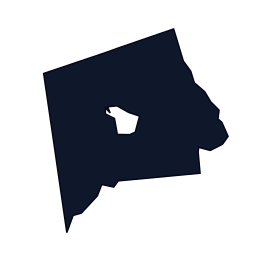 the district of Henry, Virginia, United States of America, rotated 161°
{"feature_id": "52423323B91986151579655", "entity_name": "Henry", "entity_type": "district", "adm_level": 2, "iso_a3": "USA", "parent_name": "United States of America", "parent_adm1": "Virginia", "projection": "natural_earth1", "projection_center": [-79.909, 36.699], "detail": "fine", "context": "isolated", "style": "filled", "palette": "ink", "viewbox_px": 256, "rotation_deg": 161, "n_neighbors": 0, "source": "geoboundaries", "source_scale": "gbopen_adm2", "svg_char_len": 714}
<svg xmlns="http://www.w3.org/2000/svg" viewBox="0 0 256 256"><g transform="rotate(161 128 128)"><path d="M57.5,80.0L43.9,81.9L36.1,87.5L37.4,102.8L40.0,107.3L36.1,115.2L41.3,125.9L43.6,137.2L50.6,149.2L50.2,161.3L53.9,173.2L52.6,206.8L63.2,206.8L77.5,206.8L87.5,206.8L106.7,206.8L113.0,206.8L118.3,206.7L120.0,206.6L190.0,207.0L199.8,155.0L200.2,152.8L203.6,134.9L219.9,49.0L208.4,63.2L199.8,62.7L179.1,73.8L171.2,83.1L160.7,76.8L154.5,81.2L101.4,68.3L74.6,61.8L69.5,82.4L67.5,86.7L57.5,80.0ZM113.2,135.5L122.5,121.7L128.7,121.2L140.2,125.4L139.2,131.7L137.7,141.4L144.8,148.7L142.7,154.5L140.0,148.0L140.3,154.7L131.2,152.5L122.3,142.5L113.2,135.5Z" fill="#0f172a" stroke="#020617" stroke-width="1.5"/></g></svg>